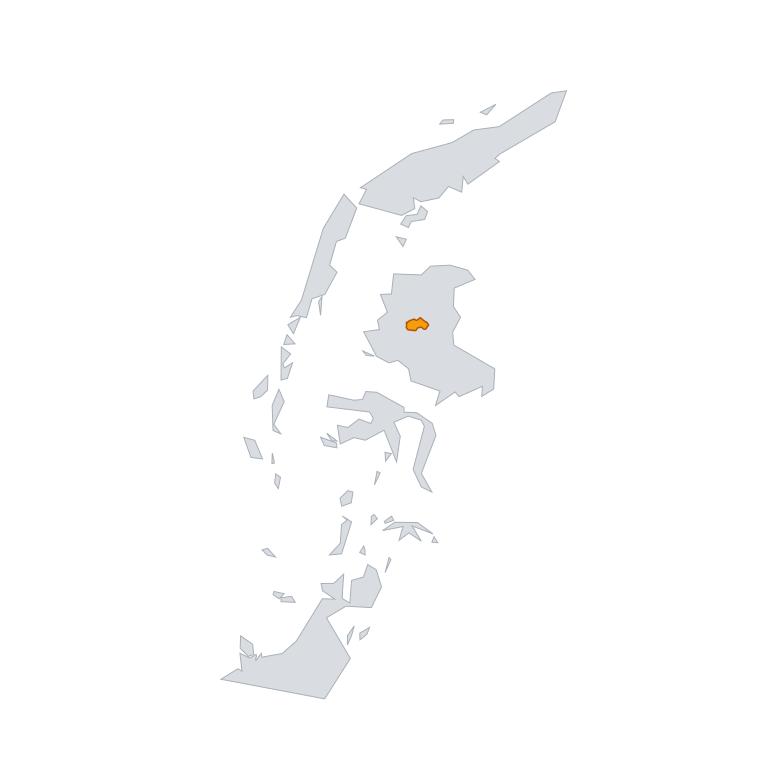 Gunung Mas, Kalimantan Tengah, Indonesia shown in context, rotated 100°
{"feature_id": "22746128B12491014044373", "entity_name": "Gunung Mas", "entity_type": "district", "adm_level": 2, "iso_a3": "IDN", "parent_name": "Indonesia", "parent_adm1": "Kalimantan Tengah", "projection": "natural_earth1", "projection_center": [113.623, -0.987], "detail": "fine", "context": "in_parent", "style": "filled", "palette": "amber", "viewbox_px": 768, "rotation_deg": 100, "n_neighbors": 0, "source": "geoboundaries", "source_scale": "gbopen_adm2", "svg_char_len": 6046}
<svg xmlns="http://www.w3.org/2000/svg" viewBox="0 0 768 768"><g transform="rotate(100 384 384)"><path d="M265.1,312.6L277.4,331.5L295.7,329.1L305.0,320.2L321.1,325.4L333.6,321.9L349.9,277.5L369.8,275.1L379.3,285.6L369.2,286.7L383.4,307.9L379.5,312.6L396.3,329.6L381.2,327.7L376.3,358.0L364.8,362.4L358.3,374.4L362.3,382.8L358.0,396.2L336.1,413.1L331.2,397.9L322.3,401.5L312.8,393.1L296.4,403.1L294.1,392.3L273.9,393.6L270.1,366.2L259.9,358.6L255.5,339.7L257.4,321.2L265.1,312.6ZM63.6,255.2L96.0,261.0L137.5,310.0L142.6,313.9L144.8,308.9L172.6,336.1L165.9,342.0L181.6,340.8L178.3,354.8L191.3,362.3L198.1,379.4L195.4,387.6L205.8,384.1L214.9,395.9L210.9,439.9L195.3,435.0L194.8,441.3L152.3,396.8L134.4,358.9L118.3,339.8L110.5,315.2L68.4,269.9L63.6,255.2ZM704.4,387.8L703.1,493.4L689.8,478.4L691.5,474.0L674.2,479.1L677.2,468.6L672.5,463.1L674.1,462.3L676.9,462.7L678.5,462.1L670.5,458.0L674.2,456.7L667.1,437.5L652.4,425.7L606.2,407.4L604.4,395.0L598.2,408.7L591.4,411.3L589.1,398.9L578.2,390.7L602.5,388.0L605.6,379.6L583.0,381.8L577.7,370.8L564.6,368.6L568.3,359.4L584.3,351.2L606.4,357.6L609.4,382.9L624.2,400.1L660.1,369.5L704.4,387.8ZM479.0,329.3L463.1,340.5L418.6,336.9L413.2,341.1L411.4,354.5L419.9,367.7L432.6,358.9L458.6,358.1L429.5,375.9L442.6,392.6L442.0,404.2L450.7,416.7L432.7,422.7L433.1,411.9L422.9,402.6L425.2,390.1L419.6,388.7L414.1,393.3L416.4,436.2L404.2,436.5L405.2,410.9L403.0,402.5L394.6,400.6L393.4,389.6L403.6,360.2L408.3,359.5L406.6,346.9L414.3,329.7L425.7,323.9L465.6,331.7L482.1,318.1L479.0,329.3ZM215.5,441.4L247.0,447.4L251.9,455.6L276.4,458.2L282.1,449.7L305.9,457.8L312.6,469.7L332.1,471.9L331.8,481.8L334.5,487.8L315.9,479.9L241.3,470.8L204.0,456.4L215.5,441.4ZM518.9,331.7L532.3,320.0L526.3,333.6L535.3,342.0L521.1,340.6L528.6,360.0L518.3,349.4L514.6,327.0L523.1,309.8L518.9,331.7ZM525.4,392.0L558.6,396.3L561.8,408.0L548.4,399.4L529.8,401.4L524.4,396.7L521.2,402.2L525.4,392.0ZM449.1,485.2L424.6,490.4L407.5,486.6L418.8,479.2L442.7,485.5L451.0,477.0L449.1,485.2ZM378.9,477.7L395.2,480.1L398.0,486.1L365.3,491.6L370.6,481.2L381.8,487.1L385.5,484.9L378.9,477.7ZM478.9,490.6L479.4,502.3L460.9,512.8L461.9,501.5L478.9,490.6ZM214.9,372.6L219.4,385.5L225.7,387.2L223.6,395.3L214.3,391.3L211.3,380.9L202.1,378.6L206.7,371.0L214.9,372.6ZM669.3,479.7L656.9,481.5L663.1,468.2L672.8,465.4L675.8,470.3L669.3,479.7ZM410.3,497.6L417.9,503.2L421.3,509.5L413.6,511.7L395.6,499.9L410.3,497.6ZM506.6,395.6L511.7,404.4L504.1,407.5L495.3,401.0L495.8,395.8L506.6,395.6ZM332.9,478.0L350.2,481.9L342.4,489.0L332.9,478.0ZM359.9,478.6L362.5,489.6L352.3,488.1L359.9,478.6ZM245.3,389.2L236.9,397.5L237.6,387.1L245.3,389.2ZM614.4,433.5L616.3,447.6L612.4,448.2L609.2,438.1L614.4,433.5ZM327.4,458.4L314.2,462.7L308.6,460.2L327.4,458.4ZM455.0,419.3L455.0,432.0L447.4,437.3L450.4,420.4L455.0,419.3ZM89.2,322.4L101.1,329.7L99.6,336.3L89.2,322.4ZM118.4,374.3L113.7,371.6L111.6,361.2L115.2,361.0L118.4,374.3ZM568.6,475.3L566.0,470.1L573.2,460.9L572.8,469.2L568.6,475.3ZM555.8,346.7L569.5,350.2L554.0,348.9L555.8,346.7ZM472.4,372.4L485.0,375.9L471.2,375.6L472.4,372.4ZM449.1,425.5L442.4,431.8L448.3,420.4L449.1,425.5ZM626.2,356.0L633.3,357.3L640.1,363.2L633.6,364.6L626.2,356.0ZM505.3,469.9L500.7,474.5L491.3,475.0L493.8,469.8L505.3,469.9ZM613.7,450.0L610.7,456.6L607.4,456.3L607.9,445.9L613.7,450.0ZM524.8,372.4L516.5,373.5L514.2,371.3L517.7,367.1L524.8,372.4ZM627.4,371.3L637.6,372.3L647.3,374.7L638.0,376.2L627.4,371.3ZM451.3,364.7L459.7,369.0L451.0,371.2L451.3,364.7ZM531.4,309.4L525.7,308.2L531.0,303.4L531.4,309.4ZM471.4,482.0L480.8,478.2L481.9,480.6L471.4,482.0ZM555.6,372.9L554.1,378.7L547.0,375.8L550.6,374.0L555.6,372.9ZM358.9,406.5L355.2,410.5L358.2,398.2L358.9,406.5ZM516.6,350.7L521.0,358.6L519.3,359.8L512.8,353.6L516.6,350.7Z" fill="#d9dde1" stroke="#a8b0b8" stroke-width="1"/><path d="M323.0,353.3L322.8,352.9L322.7,352.6L322.5,352.3L322.4,352.2L322.1,352.0L321.9,352.0L321.5,351.9L321.1,351.9L320.7,351.7L320.3,351.4L319.9,351.0L319.2,350.8L319.1,350.7L318.7,350.5L318.6,350.4L318.4,350.4L318.1,350.4L317.7,350.6L317.2,351.0L316.8,351.5L316.7,351.7L316.3,352.1L316.2,352.2L316.1,352.3L316.1,352.5L316.0,352.8L315.9,352.8L315.9,352.7L315.8,352.8L315.8,353.0L315.7,353.1L315.5,353.3L315.5,353.5L315.4,353.7L315.4,353.8L315.4,354.2L315.3,354.6L315.0,355.1L314.7,355.6L314.5,356.1L314.2,356.7L313.4,357.9L313.2,358.2L313.1,358.4L312.8,358.7L312.6,359.1L312.6,359.4L312.6,359.8L312.8,360.2L313.0,360.4L313.0,360.5L313.3,360.5L313.5,360.6L313.9,361.0L314.2,361.4L314.4,361.5L314.5,361.6L314.8,362.0L315.0,362.1L315.1,362.3L315.4,362.6L315.6,362.9L315.6,363.0L315.7,363.4L315.6,363.7L315.6,363.8L315.5,364.0L315.1,364.7L315.1,365.0L315.0,365.4L315.0,365.8L315.1,366.1L315.2,366.3L315.3,366.5L315.5,366.8L315.7,367.2L316.0,367.6L316.1,367.9L316.2,368.1L316.3,368.3L316.5,368.6L316.7,368.8L316.8,369.1L317.0,369.3L317.1,369.6L317.2,369.8L317.4,370.2L317.6,370.3L317.9,370.5L318.2,370.7L318.4,370.8L318.5,371.1L318.8,371.3L319.1,371.5L319.2,372.0L319.3,372.4L319.4,372.5L319.5,372.6L319.8,372.3L320.0,372.2L320.3,372.0L320.5,372.1L320.5,372.3L320.8,372.3L321.5,372.2L321.8,372.1L322.2,371.9L322.7,371.8L323.0,371.8L323.6,371.9L323.8,371.9L324.0,371.9L324.8,371.7L325.0,371.4L325.1,371.2L325.4,370.9L325.5,370.8L325.8,370.6L326.0,370.5L326.1,370.3L326.1,370.2L326.3,369.9L326.4,369.7L326.5,369.4L326.5,368.8L326.4,368.6L326.4,368.4L326.4,368.0L326.4,367.9L326.3,367.6L326.3,366.9L326.3,366.7L326.3,366.4L326.3,366.2L326.3,365.9L326.3,365.6L326.3,365.4L326.3,365.2L326.3,364.9L326.2,364.9L326.2,364.7L326.1,364.4L326.1,364.2L326.0,363.9L326.0,363.7L326.0,363.2L326.1,362.9L326.1,362.7L326.0,362.4L325.5,361.7L324.8,361.5L324.5,361.4L324.3,361.3L324.1,361.2L323.8,361.1L323.7,361.0L323.3,360.8L323.1,360.7L322.9,360.4L322.7,360.2L322.5,359.9L322.4,359.6L322.3,359.1L322.1,358.8L322.0,358.3L321.9,358.2L321.6,357.7L321.5,357.4L321.6,357.0L321.6,356.9L321.7,356.7L321.8,356.5L322.0,356.2L322.2,355.9L322.5,355.5L322.7,355.2L322.8,355.0L323.0,354.3L323.0,353.8L323.0,353.5L323.0,353.3Z" fill="#f59e0b" stroke="#b45309" stroke-width="1.5"/></g></svg>